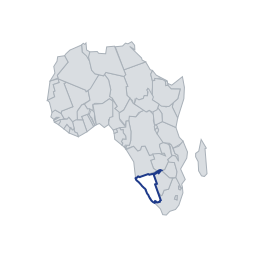 where Namibia sits in Africa, rotated 340°
{"feature_id": "NAM", "entity_name": "Namibia", "entity_type": "country or territory", "adm_level": 0, "iso_a3": "NAM", "parent_name": "Africa", "parent_adm1": "", "projection": "equal_earth", "projection_center": [18.141, -22.953], "detail": "medium", "context": "in_parent", "style": "outline", "palette": "blue", "viewbox_px": 256, "rotation_deg": 340, "n_neighbors": 49, "source": "natural_earth", "source_scale": "50m", "svg_char_len": 11536}
<svg xmlns="http://www.w3.org/2000/svg" viewBox="0 0 256 256"><g transform="rotate(340 128 128)"><path d="M162.5,133.7L173.2,143.9L173.0,154.2L175.2,159.2L173.5,160.7L163.5,162.4L162.0,156.7L156.0,153.8L153.8,148.9L153.3,143.4L156.1,140.3L155.5,134.2L162.5,133.7Z" fill="#d9dde1" stroke="#a8b0b8" stroke-width="1"/><path d="M79.2,57.9L78.9,61.8L72.6,61.6L72.1,68.3L70.3,68.5L69.8,73.6L61.6,74.5L70.8,57.2L79.2,57.9Z" fill="#d9dde1" stroke="#a8b0b8" stroke-width="1"/><path d="M153.3,143.4L156.0,153.8L151.9,154.3L151.1,163.2L153.6,164.2L153.7,167.1L148.7,162.7L138.7,161.2L137.8,151.0L134.5,150.0L132.4,152.9L129.3,153.1L126.9,147.1L118.6,146.9L121.4,143.4L123.4,144.7L126.3,140.7L129.6,132.3L131.4,119.6L133.3,117.4L139.2,120.1L145.8,116.8L149.3,116.8L151.4,119.4L154.0,118.6L157.0,125.1L154.4,129.5L153.3,143.4Z" fill="#d9dde1" stroke="#a8b0b8" stroke-width="1"/><path d="M178.1,135.7L176.8,123.5L179.1,119.6L184.8,117.5L190.4,109.3L182.0,106.1L179.6,102.4L180.8,99.9L183.8,102.7L196.7,98.4L194.9,109.1L190.5,119.6L178.1,135.7Z" fill="#d9dde1" stroke="#a8b0b8" stroke-width="1"/><path d="M173.2,143.9L162.5,133.7L164.8,125.9L162.7,119.5L165.3,116.1L171.0,121.3L178.6,120.4L176.8,123.5L178.1,135.7L173.2,143.9Z" fill="#d9dde1" stroke="#a8b0b8" stroke-width="1"/><path d="M143.6,108.7L142.0,107.5L141.3,106.7L141.5,103.7L138.2,96.9L140.3,88.6L142.0,88.8L141.8,77.1L144.1,77.1L144.0,71.9L167.2,71.9L168.8,80.8L170.7,82.4L167.7,85.2L166.8,94.3L163.0,102.2L162.5,107.5L159.9,97.8L157.2,104.4L154.4,103.1L152.4,105.5L147.9,105.3L144.5,103.2L142.2,107.6L143.6,108.7Z" fill="#d9dde1" stroke="#a8b0b8" stroke-width="1"/><path d="M141.8,78.2L142.0,88.8L140.3,88.6L138.2,96.9L140.1,100.8L130.3,109.6L124.8,110.9L122.2,105.1L125.2,103.9L123.5,94.9L121.4,92.1L124.9,86.1L126.2,76.1L124.2,69.6L126.2,68.2L141.8,78.2Z" fill="#d9dde1" stroke="#a8b0b8" stroke-width="1"/><path d="M127.2,207.3L128.1,206.1L131.2,208.5L134.0,207.0L134.0,197.5L135.9,202.9L137.3,202.6L140.6,198.8L145.1,199.4L152.7,190.6L156.1,191.0L157.3,196.5L157.0,200.3L155.5,200.0L154.7,202.6L155.8,204.0L158.8,202.6L157.4,207.8L149.4,217.9L144.8,220.8L138.8,220.6L134.2,222.9L131.0,221.3L130.8,215.1L127.2,207.3ZM151.2,208.3L149.5,208.0L147.4,210.6L149.4,212.3L151.2,208.3Z" fill="#d9dde1" stroke="#a8b0b8" stroke-width="1"/><path d="M151.2,208.3L149.4,212.3L147.4,210.6L149.5,208.0L151.2,208.3Z" fill="#d9dde1" stroke="#a8b0b8" stroke-width="1"/><path d="M156.1,191.0L149.9,189.0L144.7,179.1L148.2,179.6L154.7,173.1L159.8,176.4L159.1,185.9L156.1,191.0Z" fill="#d9dde1" stroke="#a8b0b8" stroke-width="1"/><path d="M152.7,190.6L145.1,199.4L140.6,198.8L137.3,202.6L135.9,202.9L134.0,197.5L134.0,189.9L136.0,189.8L136.1,180.4L144.7,179.1L149.9,189.0L152.7,190.6Z" fill="#d9dde1" stroke="#a8b0b8" stroke-width="1"/><path d="M61.0,94.2L59.3,91.2L62.6,86.5L65.7,86.2L70.2,91.5L71.2,97.3L60.9,97.5L60.7,95.4L66.7,94.4L61.0,94.2Z" fill="#d9dde1" stroke="#a8b0b8" stroke-width="1"/><path d="M71.2,97.3L70.2,91.5L71.3,89.4L83.5,89.1L83.1,64.2L86.0,64.1L101.1,77.9L101.1,79.6L103.3,79.4L101.8,88.9L92.4,90.5L86.4,94.5L83.3,102.9L78.0,103.3L76.0,97.7L73.9,98.9L71.2,97.3Z" fill="#d9dde1" stroke="#a8b0b8" stroke-width="1"/><path d="M61.6,74.5L69.8,73.6L70.3,68.5L72.1,68.3L72.6,61.6L78.9,61.8L79.2,57.9L86.0,64.1L83.1,64.2L83.5,89.1L71.3,89.4L70.2,91.5L65.7,86.2L61.9,87.4L63.0,76.9L61.6,74.5Z" fill="#d9dde1" stroke="#a8b0b8" stroke-width="1"/><path d="M99.4,114.1L97.7,114.4L97.5,106.3L95.7,102.6L100.0,97.9L101.8,101.9L99.6,107.9L99.4,114.1Z" fill="#d9dde1" stroke="#a8b0b8" stroke-width="1"/><path d="M124.2,69.6L126.2,76.1L124.9,86.1L121.4,92.1L123.5,94.9L122.7,97.2L120.5,94.2L112.4,96.3L105.3,93.5L102.6,94.4L101.5,99.4L96.4,96.2L95.2,90.6L101.8,88.9L103.3,79.4L118.7,68.0L122.8,70.6L124.2,69.6Z" fill="#d9dde1" stroke="#a8b0b8" stroke-width="1"/><path d="M99.4,114.1L103.1,93.8L112.4,96.3L120.5,94.2L123.5,98.3L117.7,112.1L112.6,113.5L111.1,118.1L105.9,119.5L102.7,114.0L99.4,114.1Z" fill="#d9dde1" stroke="#a8b0b8" stroke-width="1"/><path d="M123.3,96.2L125.2,103.9L122.2,105.1L125.2,110.2L123.2,118.2L126.2,126.4L113.4,124.9L111.1,118.8L111.7,116.2L114.4,111.9L117.7,112.1L123.3,96.2Z" fill="#d9dde1" stroke="#a8b0b8" stroke-width="1"/><path d="M96.0,101.2L97.7,114.4L96.1,114.9L94.1,102.0L96.0,101.2Z" fill="#d9dde1" stroke="#a8b0b8" stroke-width="1"/><path d="M94.3,101.1L96.1,114.9L88.2,117.5L88.3,101.3L94.3,101.1Z" fill="#d9dde1" stroke="#a8b0b8" stroke-width="1"/><path d="M78.0,103.3L81.7,102.5L88.4,104.9L88.2,117.5L78.3,119.2L78.7,115.6L76.6,113.5L78.0,103.3Z" fill="#d9dde1" stroke="#a8b0b8" stroke-width="1"/><path d="M66.9,96.9L73.9,98.9L76.0,97.7L78.0,103.3L77.3,110.2L75.5,111.2L74.4,107.9L72.9,108.4L71.8,103.8L67.4,106.9L63.8,101.1L66.9,96.9Z" fill="#d9dde1" stroke="#a8b0b8" stroke-width="1"/><path d="M60.9,97.5L66.9,96.9L66.7,99.0L63.8,101.1L60.9,97.5Z" fill="#d9dde1" stroke="#a8b0b8" stroke-width="1"/><path d="M77.0,110.2L76.6,113.5L78.7,115.6L78.3,119.2L70.9,112.6L73.5,108.2L75.5,111.2L77.0,110.2Z" fill="#d9dde1" stroke="#a8b0b8" stroke-width="1"/><path d="M67.4,106.9L71.8,103.8L73.5,108.2L70.9,112.6L67.4,106.9Z" fill="#d9dde1" stroke="#a8b0b8" stroke-width="1"/><path d="M83.3,102.9L85.8,95.2L92.4,90.5L95.2,90.6L96.4,96.2L98.7,96.8L96.0,101.2L88.3,101.3L88.4,104.9L83.3,102.9Z" fill="#d9dde1" stroke="#a8b0b8" stroke-width="1"/><path d="M149.3,116.8L143.3,117.2L139.2,120.1L133.3,117.4L131.2,121.5L128.6,120.9L126.3,124.9L123.2,116.2L124.8,110.9L130.3,109.6L140.1,100.8L141.3,106.7L149.3,116.8Z" fill="#d9dde1" stroke="#a8b0b8" stroke-width="1"/><path d="M131.2,121.5L129.6,132.3L126.3,140.7L123.4,144.7L119.5,143.2L118.0,144.8L116.4,142.0L117.9,140.4L117.1,138.6L119.3,136.4L122.2,137.8L123.1,134.7L121.9,131.0L122.8,127.8L120.8,127.5L120.4,124.9L126.2,126.4L128.6,120.9L131.2,121.5Z" fill="#d9dde1" stroke="#a8b0b8" stroke-width="1"/><path d="M116.7,124.9L120.1,124.8L120.8,127.5L122.8,127.8L121.9,131.0L123.1,134.7L122.2,137.8L119.3,136.4L117.1,138.6L117.9,140.4L116.4,142.0L111.7,134.1L113.1,128.3L116.7,128.2L116.7,124.9Z" fill="#d9dde1" stroke="#a8b0b8" stroke-width="1"/><path d="M113.4,124.9L116.7,124.9L116.7,128.2L113.1,128.3L113.4,124.9Z" fill="#d9dde1" stroke="#a8b0b8" stroke-width="1"/><path d="M156.0,153.8L161.0,157.4L159.7,168.3L160.7,169.0L154.6,171.2L154.7,173.1L148.2,179.6L140.7,178.5L138.1,174.7L138.2,166.1L142.4,166.2L142.2,160.8L148.7,162.7L153.7,167.1L153.6,164.2L151.1,163.2L151.4,156.0L152.5,154.0L156.0,153.8Z" fill="#d9dde1" stroke="#a8b0b8" stroke-width="1"/><path d="M160.0,156.2L163.0,158.7L163.4,168.0L165.6,170.7L164.1,176.6L163.1,170.7L159.7,168.3L161.4,159.7L160.0,156.2Z" fill="#d9dde1" stroke="#a8b0b8" stroke-width="1"/><path d="M163.5,162.4L169.4,162.5L175.2,159.2L175.7,170.9L172.9,176.4L163.4,184.5L164.2,195.9L159.3,199.1L158.8,202.6L157.4,202.6L156.1,191.0L159.1,185.9L159.8,176.4L154.9,174.1L154.6,171.2L160.7,169.0L163.1,170.7L164.1,176.6L165.6,170.7L163.4,168.0L163.5,162.4Z" fill="#d9dde1" stroke="#a8b0b8" stroke-width="1"/><path d="M157.4,202.6L155.8,204.0L154.7,202.6L155.5,200.0L157.4,202.6Z" fill="#d9dde1" stroke="#a8b0b8" stroke-width="1"/><path d="M118.0,144.8L119.5,144.7L118.6,146.9L118.0,144.8ZM118.9,147.7L126.9,147.1L129.3,153.1L132.4,152.9L134.5,150.0L137.8,151.0L138.7,161.2L142.4,161.7L142.4,166.2L138.2,166.1L138.1,174.7L140.7,178.5L117.9,177.9L121.8,161.8L118.9,147.7Z" fill="#d9dde1" stroke="#a8b0b8" stroke-width="1"/><path d="M155.6,137.7L156.1,140.3L153.3,143.4L152.6,138.8L155.6,137.7Z" fill="#d9dde1" stroke="#a8b0b8" stroke-width="1"/><path d="M192.8,163.8L194.7,173.7L193.3,173.7L186.6,198.0L183.2,199.7L180.7,198.1L179.7,192.4L182.4,183.6L181.7,178.2L182.9,175.0L186.6,173.9L192.8,163.8Z" fill="#d9dde1" stroke="#a8b0b8" stroke-width="1"/><path d="M60.7,95.4L64.3,93.4L66.7,94.4L60.7,95.4Z" fill="#d9dde1" stroke="#a8b0b8" stroke-width="1"/><path d="M114.2,50.5L110.9,41.0L112.8,34.1L114.9,33.1L116.0,34.6L117.6,33.7L115.8,40.5L118.2,43.4L114.2,50.5Z" fill="#d9dde1" stroke="#a8b0b8" stroke-width="1"/><path d="M79.2,57.9L79.6,54.2L94.2,45.6L93.1,38.4L95.0,37.1L100.1,34.9L112.8,34.1L110.9,41.0L113.6,46.0L114.8,52.7L113.6,61.2L115.4,65.7L118.7,68.0L106.1,78.2L101.1,79.6L101.1,77.9L79.2,57.9Z" fill="#d9dde1" stroke="#a8b0b8" stroke-width="1"/><path d="M167.1,92.0L167.7,85.2L170.7,82.4L172.6,88.0L180.5,96.6L179.1,97.0L174.2,91.7L167.1,92.0Z" fill="#d9dde1" stroke="#a8b0b8" stroke-width="1"/><path d="M70.8,57.2L78.1,51.4L79.3,44.8L84.1,41.0L86.3,37.0L93.1,38.4L94.2,45.6L79.6,54.2L79.3,57.2L70.8,57.2Z" fill="#d9dde1" stroke="#a8b0b8" stroke-width="1"/><path d="M167.2,71.9L144.0,71.9L143.8,47.3L150.9,49.1L154.7,47.4L156.7,48.9L161.0,48.2L162.5,52.5L161.2,56.8L157.5,51.9L164.7,66.8L164.5,69.0L167.2,71.9Z" fill="#d9dde1" stroke="#a8b0b8" stroke-width="1"/><path d="M143.3,46.5L144.1,77.1L141.8,78.2L126.2,68.2L122.8,70.6L115.4,65.7L113.6,61.2L115.2,47.8L118.2,43.4L125.2,45.6L126.0,47.8L132.4,50.6L135.7,44.5L143.3,46.5Z" fill="#d9dde1" stroke="#a8b0b8" stroke-width="1"/><path d="M190.4,109.3L184.8,117.5L173.9,121.8L167.0,119.0L160.5,109.9L167.1,92.0L169.4,92.5L170.0,90.5L177.5,94.6L179.1,97.0L178.0,101.1L180.1,101.4L182.0,106.1L190.4,109.3Z" fill="#d9dde1" stroke="#a8b0b8" stroke-width="1"/><path d="M179.1,97.0L181.0,97.4L180.1,101.4L178.0,101.1L179.1,97.0Z" fill="#d9dde1" stroke="#a8b0b8" stroke-width="1"/><path d="M162.5,133.7L153.8,134.8L157.1,120.8L162.7,119.5L163.7,121.4L164.8,125.9L162.5,133.7Z" fill="#d9dde1" stroke="#a8b0b8" stroke-width="1"/><path d="M155.5,134.2L156.1,137.3L152.6,138.8L153.2,135.5L155.5,134.2Z" fill="#d9dde1" stroke="#a8b0b8" stroke-width="1"/><path d="M156.3,121.5L154.0,118.6L150.5,119.1L142.2,107.6L146.0,102.8L147.9,105.3L152.4,105.5L154.4,103.1L157.2,104.4L159.2,101.0L158.5,98.6L160.8,98.0L162.5,107.5L160.5,109.9L165.3,116.1L161.5,120.8L156.3,121.5Z" fill="#d9dde1" stroke="#a8b0b8" stroke-width="1"/><path d="M137.1,179.8L142.8,178.4L143.7,178.5L144.1,178.6L144.7,179.2L144.0,179.3L143.8,179.4L143.2,179.9L143.0,179.7L142.9,179.7L142.7,179.8L142.2,180.2L142.0,180.4L141.6,180.9L141.4,181.0L141.3,180.8L141.1,180.4L140.8,179.8L140.7,179.8L138.3,180.3L136.7,180.6L136.2,180.6L136.1,190.3L134.2,190.3L134.1,207.0L133.9,207.0L133.5,207.1L133.3,207.3L133.2,207.5L132.8,207.7L132.8,207.8L132.8,208.0L132.7,208.2L132.6,208.3L132.3,208.2L131.9,208.1L131.5,208.0L130.9,208.1L130.5,208.1L130.3,207.9L130.0,207.8L129.8,207.8L129.3,207.6L129.2,207.3L129.1,207.1L129.2,206.9L129.1,206.5L129.0,206.4L128.9,206.4L128.8,206.2L128.7,206.1L128.5,205.9L128.3,206.0L128.2,206.2L128.1,206.5L128.0,206.9L128.0,207.0L127.9,207.1L127.7,207.1L127.5,207.3L127.4,207.4L127.2,207.2L126.5,206.5L126.3,206.3L126.0,205.8L125.2,204.3L125.1,204.0L125.0,203.3L124.8,202.8L124.8,202.4L124.8,202.0L124.8,201.8L124.5,201.6L124.4,200.6L124.3,200.0L124.3,199.5L124.2,199.1L124.2,198.8L124.2,198.2L124.1,197.6L123.8,197.0L123.6,196.1L123.5,195.7L123.5,194.6L123.5,194.2L123.5,193.7L123.3,192.9L123.4,192.6L123.5,192.7L123.6,192.4L123.6,192.2L123.4,191.5L123.2,190.8L122.5,189.7L122.3,189.3L122.2,189.0L121.4,187.5L121.1,186.5L120.8,185.6L120.6,185.1L119.4,182.2L119.1,181.8L118.7,181.2L118.4,180.5L118.0,179.8L117.9,179.1L117.9,178.4L117.9,177.8L118.3,177.7L118.5,177.6L118.9,177.7L119.5,177.7L120.3,177.2L120.6,177.0L121.2,177.1L121.4,177.2L121.5,177.5L121.8,177.7L122.3,178.2L123.2,178.1L131.1,178.2L131.3,178.3L131.8,179.0L132.0,179.2L132.2,179.3L133.1,179.3L133.6,179.4L134.1,179.5L134.7,179.4L135.1,179.5L135.3,179.7L135.5,179.8L135.8,179.8L136.1,179.8L136.5,179.7L136.8,179.7L137.0,179.8L137.1,179.8Z" fill="none" stroke="#1e3a8a" stroke-width="2"/></g></svg>